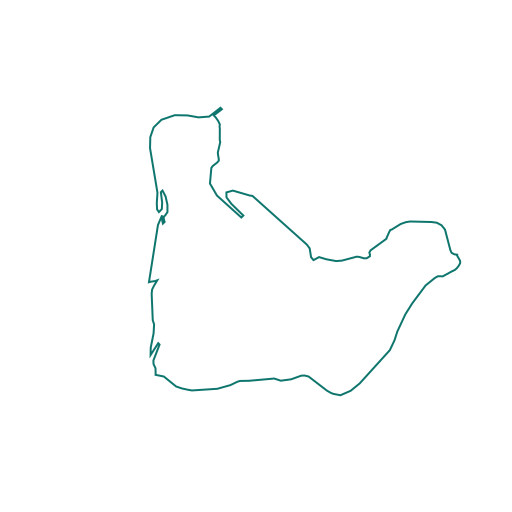 map outline of Chinandega (Natural Earth projection), rotated 46°
{"feature_id": "NIC-663", "entity_name": "Chinandega", "entity_type": "Department", "adm_level": 1, "iso_a3": "NIC", "parent_name": "Nicaragua", "parent_adm1": "", "projection": "natural_earth1", "projection_center": [-87.139, 12.876], "detail": "fine", "context": "isolated", "style": "outline", "palette": "teal", "viewbox_px": 512, "rotation_deg": 46, "n_neighbors": 0, "source": "natural_earth", "source_scale": "10m", "svg_char_len": 1949}
<svg xmlns="http://www.w3.org/2000/svg" viewBox="0 0 512 512"><g transform="rotate(46 256 256)"><path d="M389.5,113.1L392.5,112.2L394.8,110.4L395.2,111.0L401.2,112.5L403.0,114.1L403.9,117.2L404.3,120.0L404.2,122.2L403.7,124.2L403.3,125.1L400.4,135.7L397.1,139.1L396.8,139.5L396.0,142.9L395.0,154.5L398.6,176.5L401.7,189.1L408.5,206.8L412.8,214.8L416.7,225.1L419.7,270.0L418.7,281.6L414.8,292.0L409.1,296.0L406.6,297.2L402.1,298.5L379.2,301.9L375.7,304.1L373.5,306.6L369.1,316.4L362.9,324.8L356.8,328.0L349.0,337.7L340.9,347.7L334.7,354.4L333.5,356.8L331.1,364.1L324.7,376.0L308.2,395.5L305.2,397.7L299.8,401.3L294.4,404.1L278.7,406.0L271.7,410.8L271.1,410.1L267.0,406.3L262.6,404.8L259.9,402.4L252.7,386.9L250.8,386.9L254.0,400.6L248.8,395.4L240.5,383.4L234.4,376.8L230.5,374.9L210.7,357.3L208.0,354.1L206.6,350.3L204.9,343.9L204.0,345.9L201.5,349.4L200.5,351.2L165.6,305.0L161.5,295.3L162.9,297.1L164.2,298.1L168.0,300.4L168.0,298.0L166.5,297.4L163.7,295.3L163.7,293.0L162.9,289.2L157.6,284.1L150.4,279.7L144.0,277.8L144.0,280.1L152.4,286.4L156.8,291.1L157.0,295.3L153.8,294.8L149.1,290.7L142.0,282.9L104.8,257.3L97.1,249.5L92.4,240.3L92.3,229.4L98.3,216.6L107.3,207.6L116.4,201.0L123.2,192.8L124.7,178.6L126.7,178.6L125.8,186.5L124.7,188.7L128.3,188.7L132.6,189.4L136.2,190.6L137.7,192.4L139.2,193.5L147.3,201.4L149.3,202.7L155.0,211.5L156.4,212.7L160.5,215.5L161.6,216.6L161.8,219.0L161.2,224.6L161.6,226.9L171.9,238.8L185.4,242.1L218.1,239.8L218.1,237.0L201.6,237.5L193.3,236.5L189.7,233.1L192.9,227.2L208.3,218.4L210.3,216.8L283.1,211.5L287.8,212.1L295.1,217.2L298.9,217.5L300.6,211.4L307.2,207.7L315.3,201.9L319.0,197.4L326.4,184.1L328.2,182.5L332.9,179.8L334.5,177.9L335.3,174.3L334.1,173.0L332.3,172.1L331.5,169.7L334.2,150.2L333.6,149.3L331.2,143.3L330.6,141.2L331.2,140.2L333.5,129.7L335.7,124.8L338.3,121.1L353.5,106.1L357.7,102.8L362.8,101.2L368.3,101.7L386.6,112.0L389.5,113.1Z" fill="none" stroke="#0f766e" stroke-width="2"/></g></svg>